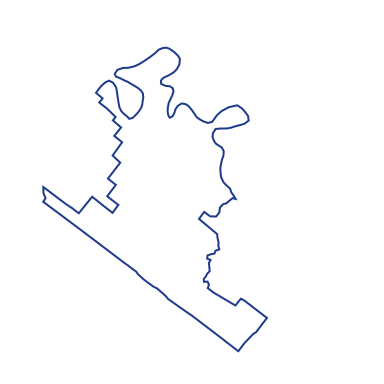 outline of Bento Gonçalves, Rio Grande do Sul, Brazil, rotated 38°
{"feature_id": "56859067B71530862715351", "entity_name": "Bento Gonçalves", "entity_type": "district", "adm_level": 2, "iso_a3": "BRA", "parent_name": "Brazil", "parent_adm1": "Rio Grande do Sul", "projection": "mercator", "projection_center": [-51.571, -29.106], "detail": "fine", "context": "isolated", "style": "outline", "palette": "blue", "viewbox_px": 384, "rotation_deg": 38, "n_neighbors": 0, "source": "geoboundaries", "source_scale": "gbopen_adm2", "svg_char_len": 2579}
<svg xmlns="http://www.w3.org/2000/svg" viewBox="0 0 384 384"><g transform="rotate(38 192 192)"><path d="M103.7,99.6L100.6,94.6L96.9,93.2L92.0,92.7L86.0,93.0L82.9,94.1L80.6,96.2L78.1,100.4L77.5,105.1L75.6,112.4L73.0,120.3L71.5,124.1L69.2,128.5L65.4,133.3L61.3,136.7L58.0,141.7L58.4,146.5L61.0,147.9L65.5,146.5L69.4,145.8L73.4,144.8L85.3,143.3L89.5,143.5L92.6,144.6L95.2,147.2L97.3,151.0L98.9,153.6L100.0,156.6L100.4,159.7L100.5,163.1L100.1,167.0L99.6,170.2L97.4,173.0L94.7,172.4L91.0,172.4L86.7,171.9L82.9,170.1L79.2,166.9L68.6,156.9L66.1,155.6L62.3,154.5L58.1,155.3L56.3,158.7L55.2,164.2L55.2,168.6L55.3,172.9L63.9,173.3L63.8,178.6L67.3,178.6L70.2,178.6L73.7,178.6L85.6,179.9L85.6,184.3L96.4,184.8L96.2,195.7L99.8,195.7L106.3,195.8L107.0,212.1L117.4,213.1L117.4,217.1L117.5,233.2L127.6,233.3L127.8,247.5L135.5,247.6L141.9,247.5L142.2,257.4L135.6,257.4L130.4,257.4L116.2,257.2L115.9,278.5L107.6,278.5L101.0,279.1L89.5,279.3L71.8,279.6L73.8,282.1L76.0,284.6L80.4,287.0L80.8,291.3L124.0,290.4L136.4,290.2L142.6,290.1L156.8,289.9L183.3,289.5L186.1,289.3L189.5,289.3L192.3,289.3L197.1,289.1L199.9,290.0L207.5,290.6L212.2,290.6L216.3,290.4L220.2,290.3L223.7,289.5L231.9,289.9L236.1,290.3L238.9,291.0L254.5,290.3L257.6,290.1L260.8,290.0L267.7,289.5L300.1,289.1L326.5,289.0L326.4,278.9L327.6,266.3L328.8,263.0L328.6,245.1L300.1,245.3L296.2,246.0L296.1,251.7L296.1,254.7L270.8,258.0L263.6,258.0L262.5,254.7L259.5,253.0L256.7,255.4L254.8,253.2L254.9,249.8L254.3,246.8L254.7,243.5L251.7,240.3L249.1,237.6L248.4,234.1L244.9,235.2L243.3,232.4L245.6,228.9L247.6,226.8L246.7,223.8L248.9,220.4L246.3,218.6L244.0,215.4L240.1,212.2L237.7,209.7L214.1,208.9L213.9,200.2L221.3,200.0L226.1,196.5L226.2,191.5L223.6,187.1L224.0,182.6L226.2,179.5L226.9,175.3L227.8,171.9L230.6,170.6L226.2,168.9L223.2,168.1L220.0,165.9L214.1,165.5L210.7,164.9L205.5,162.2L202.5,159.1L199.6,155.7L198.0,152.8L195.8,148.2L194.5,144.2L191.9,140.3L187.8,138.5L185.0,138.9L181.2,139.2L177.9,138.2L174.2,135.9L172.3,132.8L171.8,127.9L175.0,124.7L177.5,122.8L180.6,120.2L183.0,117.5L185.6,113.7L188.3,110.1L191.3,106.1L192.7,100.9L189.4,97.6L182.8,95.8L179.2,95.4L174.2,95.9L168.8,102.5L165.5,110.0L164.4,116.1L164.7,124.3L162.0,127.8L157.7,129.3L153.6,130.0L149.9,130.2L141.5,127.5L136.2,126.4L132.9,126.7L129.4,128.5L127.8,132.7L128.0,136.8L129.5,140.8L130.1,144.4L128.7,147.2L126.2,146.2L123.3,143.7L121.1,140.5L118.7,135.9L117.0,128.0L115.4,124.0L113.0,122.1L109.5,122.3L105.8,124.7L101.2,125.8L98.9,123.3L99.1,119.8L101.8,114.4L103.9,109.1L104.4,104.9L103.7,99.6Z" fill="none" stroke="#1e3a8a" stroke-width="2"/></g></svg>